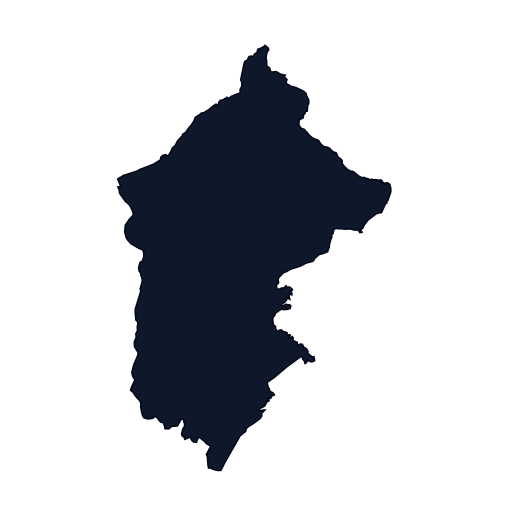 Panatau, Buzau, Romania, rotated 352°
{"feature_id": "2599482B60212068774024", "entity_name": "Panatau", "entity_type": "district", "adm_level": 2, "iso_a3": "ROU", "parent_name": "Romania", "parent_adm1": "Buzau", "projection": "natural_earth1", "projection_center": [26.419, 45.304], "detail": "fine", "context": "isolated", "style": "filled", "palette": "ink", "viewbox_px": 512, "rotation_deg": 352, "n_neighbors": 0, "source": "geoboundaries", "source_scale": "gbopen_adm2", "svg_char_len": 6096}
<svg xmlns="http://www.w3.org/2000/svg" viewBox="0 0 512 512"><g transform="rotate(352 256 256)"><path d="M179.5,459.4L181.0,459.2L181.6,459.9L185.5,462.1L189.2,463.3L191.5,463.4L196.3,456.4L215.3,431.8L221.0,428.5L221.9,427.2L222.1,425.8L224.9,423.8L229.0,422.1L236.6,418.1L238.3,416.8L239.4,415.2L239.8,412.9L240.2,412.3L243.4,409.7L238.2,409.5L238.0,407.7L242.6,406.3L244.0,405.5L245.8,402.9L246.4,401.0L246.9,401.8L248.6,401.4L248.9,400.5L247.6,398.9L247.6,398.4L249.5,398.3L249.5,398.8L250.1,399.0L251.3,398.5L250.8,397.9L251.3,397.1L254.9,396.2L253.9,393.9L250.9,391.8L251.0,390.6L249.8,387.1L249.5,383.9L248.9,383.1L257.6,378.6L270.7,370.3L286.5,361.8L287.7,363.0L288.0,364.7L289.2,366.6L289.5,369.3L290.1,369.3L292.0,367.7L292.7,366.3L293.2,366.4L293.6,367.1L295.8,368.6L298.1,368.4L299.6,367.7L299.3,363.6L297.6,363.7L293.8,359.6L294.2,357.6L293.6,356.3L293.6,355.6L292.0,353.8L291.0,353.3L290.1,353.5L289.4,352.9L289.4,352.6L290.5,351.9L289.5,349.9L287.9,349.3L285.3,350.1L284.6,350.0L284.9,347.3L280.7,344.7L281.5,342.4L280.7,340.8L277.8,342.3L277.2,342.0L277.0,341.7L278.2,340.5L279.0,339.1L278.2,338.6L276.7,338.6L275.7,337.9L275.6,337.4L276.2,336.7L276.0,336.1L272.1,334.3L271.0,332.8L269.2,332.6L266.4,333.6L265.3,330.6L265.6,328.5L263.9,326.9L263.6,323.5L263.9,319.8L266.4,317.2L268.0,314.7L268.9,314.3L270.0,314.3L271.4,313.1L273.9,312.3L276.5,313.1L280.3,313.2L281.3,312.5L282.3,313.0L283.6,310.3L282.9,309.8L282.6,308.8L280.9,308.8L279.5,308.0L278.0,308.1L277.2,308.4L276.9,309.1L275.6,309.1L273.8,307.9L279.1,305.2L279.2,304.4L280.4,303.6L281.0,302.0L282.3,302.0L282.7,303.3L283.5,303.7L283.0,299.7L285.0,298.6L286.1,299.5L286.4,297.7L285.4,295.8L287.4,294.8L287.2,293.9L285.5,291.8L284.5,291.2L282.9,291.6L281.5,289.5L279.3,291.5L276.8,291.2L275.6,291.9L272.2,291.8L272.1,287.5L273.9,286.5L274.8,285.3L274.4,282.7L275.6,280.6L280.9,276.4L284.1,275.7L288.6,273.9L298.6,272.2L304.8,270.0L310.8,269.3L312.5,268.6L313.6,266.8L318.4,263.5L322.9,262.9L327.7,261.7L328.1,260.3L329.7,257.8L330.4,254.7L332.8,249.1L333.8,248.0L333.7,245.8L335.5,244.3L336.4,241.3L337.0,240.8L336.9,240.1L340.2,240.0L341.1,240.5L345.3,241.1L346.9,241.7L352.9,242.3L357.2,244.1L360.5,244.4L362.2,247.5L364.4,247.2L363.9,246.3L362.6,245.6L362.8,244.7L363.9,244.5L365.7,243.2L367.8,240.0L372.3,235.8L380.5,231.2L383.6,230.4L386.3,230.6L391.9,221.7L393.0,221.8L393.0,221.3L392.5,221.4L392.5,220.8L394.2,219.6L398.5,211.2L398.9,207.6L398.4,203.4L396.3,202.4L396.6,201.9L394.6,201.7L394.5,202.9L392.9,202.9L392.5,202.4L393.0,201.9L392.5,201.7L392.6,201.3L392.1,201.3L392.0,202.0L391.2,201.3L391.3,200.6L390.8,200.2L391.5,200.3L391.7,199.8L390.0,197.8L387.7,198.2L387.0,198.0L386.6,197.3L382.7,196.8L381.0,195.9L380.1,196.7L377.2,194.8L375.0,194.2L374.9,193.7L373.2,193.0L372.3,193.5L368.5,190.8L364.6,186.3L364.0,186.4L363.0,185.3L362.1,185.4L360.7,184.7L360.4,184.1L360.0,184.2L358.5,182.9L357.6,181.5L357.4,182.2L356.5,181.9L355.9,179.3L354.4,176.9L354.3,175.3L354.7,174.5L354.5,173.3L354.1,172.3L351.4,169.8L350.0,166.6L350.3,166.0L349.5,164.7L347.7,164.1L345.5,162.0L344.2,159.9L342.2,158.3L339.2,157.4L337.5,156.3L335.4,153.3L334.4,150.9L332.9,149.3L331.3,148.8L328.2,146.7L325.3,143.4L323.8,140.6L322.5,139.2L321.8,137.5L318.6,135.8L317.9,135.0L316.6,131.2L317.4,129.5L317.4,127.8L319.2,126.6L321.5,126.1L322.4,124.7L322.3,123.3L324.3,121.7L325.3,119.5L325.8,118.9L326.0,119.7L326.9,119.7L328.2,114.0L329.4,112.6L330.0,109.0L328.5,104.8L328.1,101.8L326.2,99.5L319.1,94.8L313.6,92.5L313.2,91.7L310.8,90.1L309.8,88.5L311.3,85.7L309.0,82.3L310.2,81.0L305.6,79.3L301.8,76.2L296.7,76.0L296.3,75.4L295.6,71.4L293.9,70.2L293.1,68.8L293.8,63.7L293.5,62.6L293.6,60.8L295.3,55.8L297.3,53.6L297.1,51.8L294.3,48.6L292.0,50.4L291.8,50.0L289.7,50.9L286.9,51.4L286.3,52.0L287.7,52.8L288.0,53.3L287.7,53.6L286.0,53.2L284.8,55.0L283.6,55.2L283.3,55.7L282.2,56.1L281.8,57.3L280.2,58.0L279.2,57.3L276.9,57.5L274.3,61.0L272.0,61.7L271.2,63.1L265.3,79.4L265.9,81.1L265.9,83.9L265.4,86.1L263.5,88.7L263.1,90.7L263.3,92.2L256.6,93.6L255.2,94.3L254.3,94.2L252.0,95.5L250.4,96.0L249.8,95.8L249.8,95.3L249.2,94.7L247.3,96.1L246.7,95.8L245.5,96.7L242.3,96.9L240.4,98.8L239.5,101.0L238.6,101.5L237.5,100.0L233.7,101.8L229.5,104.6L226.0,105.9L224.2,107.1L223.0,107.3L223.7,106.9L223.0,106.7L221.2,107.1L220.1,108.0L215.8,109.9L215.2,110.3L213.1,113.9L210.2,117.2L207.2,119.7L203.7,123.7L200.2,125.3L200.6,126.0L194.4,130.9L191.5,135.2L188.1,137.4L186.6,140.1L183.6,144.0L182.6,144.7L180.7,143.0L179.5,143.1L179.2,143.8L177.8,143.2L177.0,143.9L177.1,144.6L175.5,144.8L174.8,147.4L167.3,150.8L152.7,154.2L150.2,155.3L135.4,157.8L135.6,158.5L132.4,159.2L132.5,159.5L131.3,159.7L131.4,160.1L129.7,160.5L131.4,167.2L131.4,168.4L128.8,168.3L129.0,169.7L129.6,170.5L129.6,174.8L134.5,184.3L135.7,185.2L138.2,188.8L139.9,194.2L140.3,196.7L139.9,198.5L135.1,202.5L130.8,207.4L129.3,214.0L130.0,219.8L131.5,223.0L133.9,226.5L141.7,232.6L144.6,234.1L145.1,236.9L145.1,239.9L143.8,243.1L142.3,245.6L140.4,245.9L138.1,251.1L138.1,254.7L139.5,257.2L139.2,258.4L139.8,261.0L140.0,263.6L139.6,265.7L136.8,272.2L136.8,275.1L129.0,291.9L128.6,294.1L128.1,302.7L129.3,304.3L129.8,305.7L128.5,309.8L128.2,313.5L126.0,316.6L126.2,318.4L125.8,320.3L123.5,324.2L123.0,328.8L125.8,335.3L125.1,337.8L119.9,346.5L116.7,354.3L117.1,356.1L117.0,357.4L117.6,359.4L118.9,361.5L114.0,369.3L113.1,371.6L115.1,373.6L117.4,378.4L121.0,383.6L121.5,386.8L120.8,388.8L121.0,394.3L121.5,398.7L122.6,400.7L125.7,402.2L128.0,402.4L131.4,402.3L133.1,401.1L134.3,401.3L135.4,402.0L137.5,405.9L138.9,407.5L140.2,407.4L140.8,408.3L141.8,411.5L141.8,414.4L144.7,414.9L145.9,415.0L147.9,413.5L149.4,413.1L154.5,413.4L159.1,407.4L161.4,407.5L161.6,407.7L161.4,410.5L161.9,411.5L161.7,414.0L161.0,415.4L159.5,416.9L157.5,422.0L158.1,424.4L158.9,424.3L159.7,425.5L159.6,426.5L160.0,427.7L163.7,426.7L164.7,426.0L165.8,427.0L166.9,430.0L167.5,430.3L168.2,431.6L169.4,431.6L171.2,432.3L171.8,430.6L172.7,429.9L172.7,428.5L174.6,427.7L179.0,432.2L180.9,435.1L184.7,437.9L179.2,445.7L179.9,447.7L179.3,456.7L179.5,459.4Z" fill="#0f172a" stroke="#020617" stroke-width="1.5"/></g></svg>